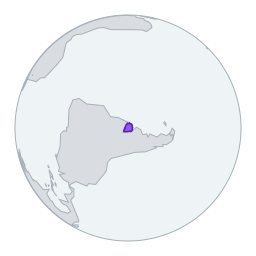 the Earth from above Uruguay, rotated 257°
{"feature_id": "URY", "entity_name": "Uruguay", "entity_type": "country or territory", "adm_level": 0, "iso_a3": "URY", "parent_name": "South America", "parent_adm1": "", "projection": "orthographic", "projection_center": [-56.018, -32.517], "detail": "fine", "context": "on_globe", "style": "filled", "palette": "violet", "viewbox_px": 256, "rotation_deg": 257, "n_neighbors": 0, "source": "natural_earth", "source_scale": "50m", "svg_char_len": 4297}
<svg xmlns="http://www.w3.org/2000/svg" viewBox="0 0 256 256"><g transform="rotate(257 128 128)"><circle cx="128" cy="128" r="113" fill="#eef3f6" stroke="#a8b0b8"/><path d="M99.2,19.1L98.4,19.4L99.4,19.3L101.7,18.6L103.4,18.1L112.2,16.5L121.2,15.6L121.7,15.6L128.3,15.7L128.4,15.8L123.0,16.4L115.0,16.9L107.9,18.7L116.4,17.0L116.5,18.0L118.2,18.0L120.5,17.9L122.0,17.4L122.8,17.7L114.7,19.3L113.8,18.9L116.4,18.4L112.7,18.8L107.2,20.3L107.7,21.0L99.0,23.5L99.2,24.1L97.4,25.2L97.6,24.0L97.1,26.4L86.9,31.8L86.0,37.6L82.6,34.1L78.9,34.9L74.1,36.7L73.9,37.6L68.0,39.4L61.9,44.0L58.5,50.1L59.6,53.4L66.3,50.6L68.8,47.2L74.0,44.9L69.1,53.1L78.0,51.1L76.5,57.1L78.9,59.5L83.6,57.4L88.4,57.8L92.2,53.5L98.2,50.6L97.9,55.5L101.5,50.5L104.6,52.4L116.7,51.2L115.7,52.3L125.8,57.9L137.2,60.9L139.9,64.9L138.4,67.3L142.5,68.3L142.6,70.0L159.1,74.6L167.8,80.7L167.7,87.0L160.7,93.2L155.2,109.3L142.9,113.6L140.3,120.9L131.6,131.7L124.1,130.8L126.8,136.6L123.1,140.2L118.3,140.7L118.0,145.0L114.6,145.3L117.3,148.0L112.6,154.2L115.0,158.9L111.8,164.2L113.5,167.0L112.0,167.1L110.6,168.4L110.8,170.2L105.6,168.1L103.1,161.7L104.1,158.1L102.0,157.9L104.1,149.2L102.2,151.2L100.9,139.4L102.7,129.6L102.1,104.8L99.4,100.6L90.7,97.0L80.3,83.7L82.7,77.0L80.6,74.8L87.5,65.3L86.0,58.8L83.6,58.4L81.0,61.6L73.1,59.8L70.8,55.9L49.2,59.3L47.5,58.6L48.4,55.4L46.2,51.3L44.9,57.4L43.0,57.6L42.5,56.2L44.0,54.5L45.2,51.8L44.4,52.5L50.0,46.7L56.1,41.3L62.6,36.3L69.3,31.8L76.4,27.9L83.8,24.4L91.4,21.5L99.2,19.1ZM84.9,40.1L95.1,41.1L88.8,42.8L90.1,41.9L87.6,41.1L82.8,41.1L77.4,43.4L84.9,40.1ZM90.6,35.2L88.8,35.4L90.6,35.0L90.6,35.2ZM114.6,172.9L106.2,169.0L110.8,170.6L113.1,167.6L117.8,171.0L114.6,172.9ZM121.7,165.4L124.9,163.9L125.9,164.8L123.9,166.0L121.7,165.4ZM199.7,41.1L201.0,42.6L198.5,41.2L194.0,38.1L187.9,32.8L192.3,35.6L199.7,41.1ZM238.4,150.6L237.9,152.5L235.6,160.5L234.0,160.9L230.8,168.2L229.4,167.9L227.1,171.6L224.2,173.6L220.5,173.9L217.8,167.8L220.3,163.9L222.9,153.9L227.8,133.2L231.3,127.2L232.2,120.9L229.9,104.1L230.6,98.1L229.3,94.1L227.1,92.5L225.3,87.8L223.7,86.4L211.5,80.4L206.1,73.6L195.7,58.0L196.6,54.3L193.8,49.0L198.1,41.0L202.4,44.1L207.4,48.1L212.8,53.9L217.8,60.1L222.4,66.6L226.5,73.4L230.1,80.5L233.2,87.9L235.8,95.4L237.9,103.1L239.3,110.9L240.3,118.9L240.6,126.8L240.4,134.8L239.7,142.7L238.4,150.6ZM200.6,46.2L201.4,47.6L200.6,46.2ZM117.1,51.1L118.5,51.9L116.5,52.1L117.1,51.1ZM87.6,44.8L89.9,44.3L91.0,44.7L89.2,45.3L87.6,44.8ZM107.5,41.5L110.2,41.6L107.2,42.2L107.5,41.5ZM96.7,41.3L105.3,41.6L99.5,43.6L94.2,43.6L98.0,42.5L96.7,41.3ZM89.0,37.6L90.4,37.5L89.8,38.3L89.0,37.6ZM91.9,34.9L91.4,35.1L90.8,34.7L91.9,34.9ZM117.0,17.9L117.7,17.8L119.9,17.7L118.7,17.9L117.0,17.9ZM130.9,16.8L132.0,17.4L130.3,17.0L128.8,17.3L123.5,17.0L128.2,15.9L127.0,16.4L130.9,16.8ZM117.7,16.7L120.6,16.8L117.3,16.8L117.7,16.7ZM189.0,222.2L186.7,223.6L187.8,222.8L189.0,222.2ZM229.6,176.6L227.5,180.5L228.5,177.7L231.0,172.7L234.4,165.1L229.6,176.6Z" fill="#d9dde1" stroke="#a8b0b8" stroke-width="1"/><path d="M132.3,130.5L132.2,130.5L132.0,131.0L131.7,131.4L131.6,131.7L131.3,132.0L131.0,132.3L130.8,132.2L130.7,132.4L129.8,132.8L129.5,132.7L129.3,132.7L129.0,132.5L128.6,132.4L128.3,132.5L127.8,132.7L127.7,132.7L127.4,132.6L127.3,132.4L126.6,132.3L126.1,131.8L125.5,131.8L125.1,131.9L124.9,131.7L124.4,131.2L124.1,130.8L124.0,130.4L124.1,130.0L124.2,129.5L124.1,129.4L124.3,129.3L124.4,129.2L124.5,129.1L124.6,128.9L124.5,128.5L124.4,128.1L124.4,127.9L124.5,127.7L124.4,127.4L124.4,127.1L124.4,126.9L124.5,126.7L124.7,126.4L124.7,126.2L124.6,125.9L124.8,125.6L124.8,125.4L124.9,125.1L124.9,124.9L125.0,124.8L125.0,124.5L124.9,124.2L125.1,123.8L125.2,123.7L125.3,123.4L125.4,123.6L125.7,123.6L126.0,123.6L126.1,123.3L126.3,123.3L126.6,123.3L126.8,123.4L127.3,123.9L127.7,124.3L127.9,124.5L128.0,124.6L128.0,125.0L128.4,125.1L128.5,124.9L128.7,124.7L128.8,124.8L129.0,125.0L129.2,125.3L129.3,125.5L129.6,125.6L129.9,125.8L130.4,126.0L130.5,126.1L130.6,126.3L130.8,126.5L131.0,126.7L131.2,126.8L131.4,126.9L131.5,126.9L131.6,127.0L131.8,127.1L131.9,127.4L131.9,127.6L132.0,127.8L132.2,128.0L132.4,128.2L132.6,128.3L132.8,128.5L132.6,128.7L132.5,128.9L132.3,129.0L132.2,129.1L132.1,129.3L132.1,130.0L132.1,130.3L132.3,130.5L132.3,130.5Z" fill="#8b5cf6" stroke="#5b21b6" stroke-width="1.5"/></g></svg>